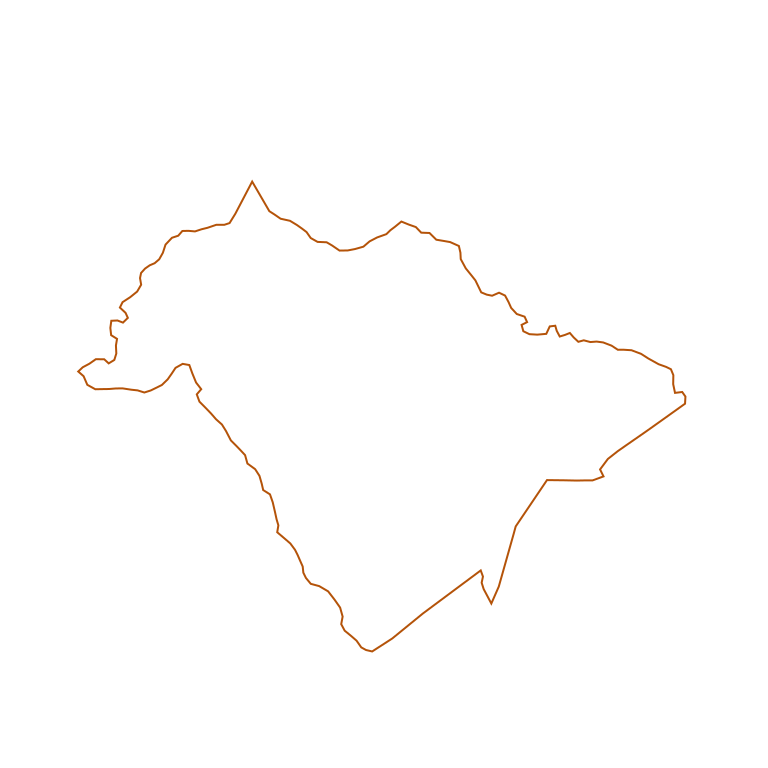 the district of Nordestina, Bahia, Brazil, rotated 145°
{"feature_id": "56859067B76720790859008", "entity_name": "Nordestina", "entity_type": "district", "adm_level": 2, "iso_a3": "BRA", "parent_name": "Brazil", "parent_adm1": "Bahia", "projection": "orthographic", "projection_center": [-39.446, -10.879], "detail": "fine", "context": "isolated", "style": "outline", "palette": "amber", "viewbox_px": 768, "rotation_deg": 145, "n_neighbors": 0, "source": "geoboundaries", "source_scale": "gbopen_adm2", "svg_char_len": 2662}
<svg xmlns="http://www.w3.org/2000/svg" viewBox="0 0 768 768"><g transform="rotate(145 384 384)"><path d="M148.7,195.2L144.3,200.8L144.3,206.4L150.7,209.8L147.2,218.0L141.9,225.3L140.5,231.5L143.1,236.2L147.7,242.7L152.9,253.4L156.1,261.2L161.9,269.7L168.4,274.9L172.8,277.9L175.6,284.9L180.6,292.3L185.5,296.8L190.9,300.0L195.3,305.2L200.6,307.1L201.9,313.3L202.5,319.2L207.6,320.4L212.8,322.1L212.0,328.5L210.3,333.5L215.2,336.1L222.3,332.0L230.1,336.5L236.3,341.4L239.6,347.3L237.4,353.5L231.3,352.6L230.2,358.5L235.1,365.2L236.2,373.4L235.0,379.6L234.1,387.0L237.4,392.8L244.8,394.3L248.6,398.3L251.8,403.3L250.9,408.9L249.7,416.5L250.1,423.2L250.7,431.8L249.5,442.3L246.1,447.7L243.5,454.1L248.4,462.3L252.9,466.8L258.4,472.2L260.1,481.6L266.7,486.6L267.9,494.3L272.2,500.3L276.6,507.1L284.9,506.5L290.6,506.3L296.1,505.4L305.6,508.0L314.0,509.1L322.1,508.3L330.4,511.2L337.1,514.2L343.9,518.8L347.1,527.3L349.7,533.0L356.9,538.5L360.3,545.6L360.3,552.9L362.1,558.5L364.1,564.1L367.4,571.6L373.9,578.7L376.5,585.7L378.8,591.3L375.9,625.4L408.2,608.7L413.1,606.6L418.2,604.4L423.5,606.0L430.1,610.6L439.0,613.2L444.7,615.4L451.3,617.4L456.3,621.6L461.4,625.0L467.5,623.5L473.8,625.4L483.0,623.5L489.9,618.3L496.6,615.1L502.6,614.5L507.8,615.6L513.5,615.6L519.3,614.3L523.1,610.7L526.0,604.6L533.2,601.3L542.0,600.7L551.2,601.0L556.5,598.1L554.9,590.5L555.9,585.1L562.6,584.0L565.9,588.9L571.1,592.2L576.0,586.9L579.5,580.5L576.8,574.1L581.5,569.3L585.8,562.5L591.1,558.4L597.7,558.8L599.0,564.7L605.8,569.6L613.7,569.6L621.2,570.5L627.3,569.6L625.6,562.7L627.5,553.5L623.5,545.3L617.4,541.2L612.1,537.6L606.3,534.2L600.7,530.4L594.2,524.2L589.5,520.1L585.2,514.5L578.8,512.5L573.1,511.6L566.5,510.6L558.5,511.9L552.1,514.2L545.5,516.8L537.4,516.0L532.6,511.2L534.9,502.7L537.1,493.0L536.7,484.6L543.3,482.9L545.3,475.4L543.9,467.3L542.6,459.0L541.8,451.4L540.0,443.8L540.4,436.1L541.8,425.6L540.4,417.7L539.5,411.9L538.6,405.4L541.5,397.2L538.4,388.1L538.7,380.2L541.3,372.6L543.8,366.4L540.7,359.0L543.0,350.9L546.7,341.7L549.6,334.8L551.6,328.8L556.5,323.8L554.6,316.5L552.2,307.1L552.0,299.2L552.8,293.6L554.2,286.7L555.3,281.1L558.3,275.7L559.2,269.9L558.6,262.3L553.0,255.6L548.7,246.2L548.2,235.6L548.2,226.0L551.3,217.2L556.8,211.8L557.7,204.5L555.4,196.3L553.7,189.5L553.7,181.3L551.3,176.4L547.1,171.7L523.2,170.8L483.9,173.7L411.7,175.8L413.4,169.5L418.0,165.2L420.0,158.8L420.8,152.2L422.0,142.6L406.2,152.2L363.7,186.9L357.8,191.8L305.6,211.8L291.4,201.6L281.3,194.2L276.5,191.0L268.4,185.4L257.2,182.4L256.0,190.1L243.6,194.2L231.1,194.9L220.4,194.9L196.7,194.8L180.9,194.9L148.7,195.2Z" fill="none" stroke="#b45309" stroke-width="2"/></g></svg>